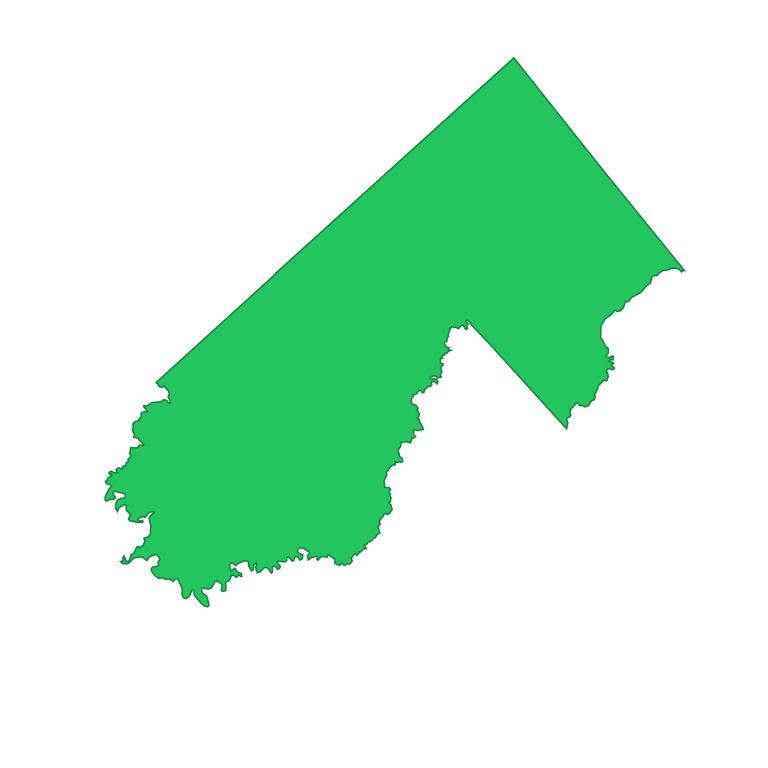 San Luis, Petén, Guatemala, rotated 318°
{"feature_id": "79465075B4836456001209", "entity_name": "San Luis", "entity_type": "district", "adm_level": 2, "iso_a3": "GTM", "parent_name": "Guatemala", "parent_adm1": "Petén", "projection": "albers", "projection_center": [-89.769, 16.056], "detail": "fine", "context": "isolated", "style": "filled", "palette": "green", "viewbox_px": 768, "rotation_deg": 318, "n_neighbors": 0, "source": "geoboundaries", "source_scale": "gbopen_adm2", "svg_char_len": 6128}
<svg xmlns="http://www.w3.org/2000/svg" viewBox="0 0 768 768"><g transform="rotate(318 384 384)"><path d="M551.6,530.7L555.5,528.6L557.8,525.1L557.9,523.4L559.6,522.3L561.1,522.8L563.6,526.5L566.0,526.5L565.5,522.1L566.1,521.6L567.8,522.4L568.7,521.3L566.1,517.7L568.5,517.5L570.3,519.3L572.9,516.9L572.6,516.0L569.1,515.2L567.4,512.2L568.5,511.2L571.7,511.1L574.4,507.6L573.7,504.1L575.9,497.7L576.1,494.4L584.1,486.1L591.5,483.6L600.0,484.5L604.0,483.6L605.1,484.1L606.0,486.4L609.1,487.9L613.3,487.3L618.6,484.4L620.5,486.4L625.8,485.3L636.1,487.8L644.4,486.7L649.7,487.3L654.1,484.0L656.6,483.8L659.8,486.3L662.2,485.7L666.8,486.2L672.6,489.9L674.6,490.1L678.9,493.8L680.1,496.2L680.0,499.7L682.3,499.9L683.2,500.8L689.5,377.8L698.7,228.5L377.8,229.2L377.3,229.7L215.5,230.4L215.9,233.0L215.2,235.6L216.8,237.8L219.0,238.3L219.2,245.1L217.7,247.8L214.9,249.1L214.4,252.2L212.6,254.9L211.2,253.6L211.5,250.8L209.8,248.2L206.6,248.0L199.1,242.5L192.8,241.6L191.1,239.4L190.3,239.7L189.9,246.2L184.9,243.0L183.6,243.4L181.6,246.2L179.2,245.9L176.7,247.3L174.4,245.5L170.7,245.5L168.3,248.8L167.2,248.9L165.4,251.5L165.1,254.4L162.4,255.9L164.9,259.6L164.4,262.7L165.0,265.3L164.8,268.4L163.9,268.4L161.5,265.7L158.6,266.5L156.7,265.5L153.3,261.8L148.3,265.5L148.5,267.2L147.6,268.3L143.1,268.8L142.4,270.5L139.8,270.1L136.7,272.1L135.6,270.4L132.5,272.0L130.8,268.7L127.5,268.4L126.7,270.5L127.5,271.8L126.8,272.0L123.7,268.8L123.3,266.7L121.6,265.7L119.8,266.1L119.9,267.8L121.2,268.5L120.9,269.6L116.5,269.2L114.8,269.4L113.5,270.6L112.6,269.9L111.5,270.4L111.1,272.4L113.3,276.3L113.3,277.6L108.6,278.2L100.9,281.6L99.3,283.2L99.1,284.7L100.2,285.7L102.6,286.1L106.1,288.8L108.0,289.0L108.6,288.6L109.3,283.2L111.4,282.7L117.6,291.5L117.7,293.0L116.3,294.9L115.0,294.9L109.4,292.1L107.3,292.2L104.9,293.4L101.1,297.4L100.6,300.4L104.4,298.7L110.0,299.7L111.2,300.6L110.7,302.4L108.0,305.4L108.3,311.2L103.6,313.6L103.6,315.5L108.6,322.4L111.7,325.3L112.9,325.0L113.2,323.8L110.9,322.6L110.3,321.1L110.6,320.2L112.1,319.8L114.9,320.3L117.5,323.3L122.4,322.1L124.0,322.4L127.2,324.5L127.2,325.6L122.4,325.6L119.5,326.5L115.6,333.7L111.9,336.9L110.5,339.1L106.4,339.8L102.5,337.9L101.2,340.6L97.1,342.8L93.7,342.2L91.9,339.8L90.6,339.8L85.3,342.4L81.6,341.6L78.4,343.9L75.7,344.7L74.5,344.2L74.1,342.9L75.7,337.7L73.8,338.3L71.8,340.8L69.3,339.7L69.7,342.9L72.9,345.9L75.5,346.5L81.8,345.8L87.4,349.6L88.6,351.1L89.5,356.3L94.8,355.7L100.4,358.1L101.2,359.3L100.3,364.3L97.0,365.1L95.1,367.9L93.4,367.7L89.8,365.3L87.4,365.5L85.9,368.0L85.7,373.2L86.4,377.5L89.7,379.7L90.8,382.7L94.2,385.4L95.2,389.6L98.9,389.4L100.4,391.1L97.0,401.3L93.1,405.1L91.9,408.2L92.8,410.5L95.3,411.5L98.2,411.2L102.8,408.8L104.2,409.1L104.3,410.5L101.8,413.8L101.3,424.5L102.0,429.2L103.8,431.5L104.6,431.8L106.3,430.8L109.5,424.9L110.2,422.9L109.2,417.1L111.7,413.8L112.8,414.2L116.2,418.8L118.0,419.8L120.4,419.8L126.2,417.7L127.9,418.3L129.5,423.4L128.8,425.6L125.1,428.4L125.0,429.5L126.7,431.2L128.6,431.3L133.8,425.3L137.4,426.6L142.5,424.2L144.2,425.2L144.9,429.0L148.5,428.8L148.6,430.9L149.5,431.9L151.2,429.4L149.3,425.8L149.7,420.9L145.9,420.6L145.5,419.4L148.2,415.1L150.6,414.8L151.6,415.8L152.2,419.7L156.1,420.0L161.5,421.7L164.6,425.1L161.7,428.6L160.5,434.3L162.2,434.6L166.1,431.5L169.3,431.4L168.9,432.9L165.8,434.4L163.4,439.5L166.5,440.8L172.0,440.4L173.4,441.1L174.3,442.8L174.3,446.4L173.5,448.3L174.0,449.3L175.0,449.2L177.9,446.0L179.7,445.4L181.3,446.8L180.9,450.8L184.0,451.0L185.2,449.2L185.1,445.4L186.5,444.5L191.6,450.1L193.6,450.2L195.3,448.0L196.5,448.1L197.2,449.4L197.3,454.3L198.7,454.9L201.6,453.2L203.2,453.1L204.2,454.9L203.6,458.7L206.4,459.3L209.3,456.7L207.5,452.7L207.7,450.3L209.6,449.1L212.2,449.8L214.5,452.6L214.9,456.1L216.2,458.0L215.5,459.5L211.9,460.9L210.0,464.1L214.4,464.6L218.9,467.2L219.0,468.0L216.7,469.6L217.0,470.8L222.0,470.3L225.9,474.7L228.4,473.5L230.2,481.2L227.4,484.7L229.6,489.3L232.4,488.9L233.2,490.8L232.8,492.1L236.9,493.3L237.8,494.9L241.8,494.5L243.0,491.7L247.0,490.7L249.1,490.7L249.2,493.3L252.0,493.1L253.4,492.2L253.9,493.1L258.6,492.9L260.7,494.5L261.6,490.4L264.4,491.5L266.0,491.0L270.8,492.2L273.5,491.4L274.8,492.5L277.2,491.5L281.5,491.9L283.7,486.3L287.6,485.5L287.7,483.8L290.9,482.0L294.8,481.8L297.4,480.5L298.4,481.0L298.9,482.8L301.1,483.9L305.9,482.9L308.3,478.2L308.1,475.8L310.0,475.7L313.0,473.3L314.0,470.5L315.2,469.7L315.1,467.3L318.3,467.0L318.5,464.5L315.3,461.3L319.6,455.9L325.2,453.3L327.1,450.7L328.9,451.2L333.2,449.7L337.1,450.4L338.0,451.6L339.9,449.5L341.3,451.4L343.5,452.2L344.2,453.8L346.2,454.0L347.7,452.0L347.2,447.9L349.0,445.3L349.6,442.7L354.6,441.6L357.6,438.8L362.4,442.1L364.1,445.4L368.3,443.5L372.3,444.3L372.2,441.8L374.2,438.3L376.1,438.6L378.5,441.5L382.7,444.1L384.1,441.4L385.0,436.2L386.4,434.4L385.5,431.7L387.1,431.9L389.9,430.3L391.0,427.4L390.8,425.0L393.1,424.8L393.5,421.0L391.9,418.3L392.0,415.5L395.7,412.6L397.8,412.8L399.0,411.8L401.6,413.2L405.3,411.9L407.3,413.9L406.5,416.0L407.7,417.1L410.6,415.1L413.5,415.7L415.1,414.8L416.5,416.8L418.6,416.9L420.1,414.6L421.5,414.6L423.3,415.9L423.3,419.4L425.6,418.6L426.3,415.6L421.9,410.9L422.5,409.9L424.0,410.0L427.7,412.3L427.9,415.3L431.3,417.2L432.0,414.7L435.4,413.6L436.0,411.3L437.9,409.6L441.4,408.9L440.0,406.1L443.1,402.7L444.7,404.2L446.0,402.0L448.7,403.1L449.5,401.7L451.7,403.3L453.9,402.6L456.2,403.8L454.9,401.0L456.6,400.5L455.3,398.6L455.6,394.5L457.5,393.5L458.4,394.2L460.4,393.7L461.7,391.9L463.7,391.9L465.2,389.9L469.1,388.1L469.9,386.4L470.9,387.2L472.9,386.8L473.8,389.0L475.2,389.7L476.3,392.8L480.0,392.2L482.1,393.4L481.2,398.1L481.9,398.5L483.6,398.5L484.3,395.8L486.8,395.6L486.3,393.5L487.1,391.7L487.8,391.8L488.6,392.5L489.0,395.5L488.5,399.4L489.2,423.8L489.7,539.5L494.7,535.8L495.5,533.3L497.5,531.6L499.2,532.7L501.9,532.3L502.7,529.8L504.9,528.6L505.5,527.4L509.5,527.6L514.4,526.7L515.1,527.5L515.1,531.2L517.1,532.7L517.9,535.4L521.3,536.9L526.5,535.3L530.1,536.4L532.8,534.5L533.6,532.3L536.1,532.1L536.9,531.2L539.5,530.6L541.5,528.8L549.9,528.4L551.6,530.7Z" fill="#22c55e" stroke="#15803d" stroke-width="1.5"/></g></svg>